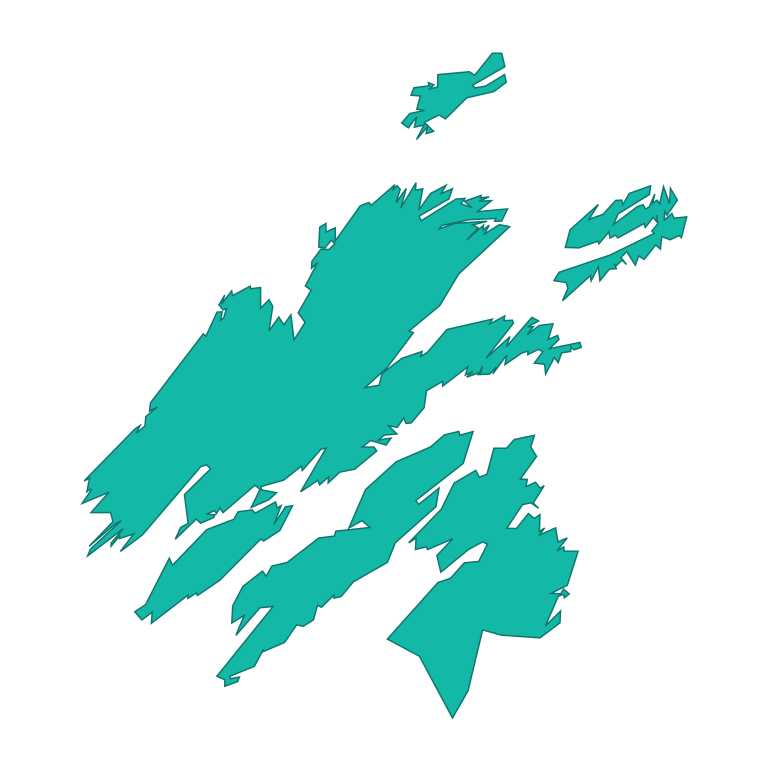 outline of Austrheim nor, Norway, rotated 91°
{"feature_id": "86288312B90213483192723", "entity_name": "Austrheim nor", "entity_type": "district", "adm_level": 2, "iso_a3": "NOR", "parent_name": "Norway", "parent_adm1": "", "projection": "mercator", "projection_center": [4.933, 60.784], "detail": "fine", "context": "isolated", "style": "filled", "palette": "teal", "viewbox_px": 768, "rotation_deg": 91, "n_neighbors": 0, "source": "geoboundaries", "source_scale": "gbopen_adm2", "svg_char_len": 6134}
<svg xmlns="http://www.w3.org/2000/svg" viewBox="0 0 768 768"><g transform="rotate(91 384 384)"><path d="M346.5,194.8L344.0,187.4L339.0,188.8L345.8,219.1L336.4,209.8L332.4,211.4L336.7,220.6L320.9,216.1L322.8,229.8L332.2,241.6L324.0,235.6L324.4,241.5L318.3,230.5L314.8,237.3L344.7,262.3L334.5,258.9L356.5,282.5L320.9,255.6L318.0,256.7L318.5,265.3L313.9,264.4L322.3,279.5L317.3,276.8L328.4,322.0L351.4,341.0L355.9,347.8L350.8,346.4L358.0,366.5L373.5,386.1L385.4,388.9L388.0,403.0L367.8,381.4L332.2,355.5L330.6,359.9L304.7,329.7L272.7,311.2L224.5,261.1L222.7,271.4L232.2,286.2L223.4,281.6L228.3,287.6L223.5,287.3L238.6,303.7L226.2,292.6L223.4,298.2L219.5,283.7L222.1,315.8L228.0,331.6L224.5,328.9L218.2,301.6L216.5,275.0L219.3,276.2L219.1,269.2L206.8,263.6L210.0,293.5L198.8,279.7L199.6,292.3L195.1,282.1L196.2,290.9L193.8,290.2L199.9,306.8L206.3,299.1L202.4,310.3L197.1,306.3L197.8,315.2L220.2,349.7L215.5,351.8L197.8,322.3L187.6,319.0L192.7,330.3L184.3,325.4L192.7,340.8L209.5,352.2L188.1,348.7L189.7,355.9L182.2,355.5L207.6,370.2L188.1,365.1L202.5,375.1L189.1,371.2L185.5,374.4L190.7,379.1L184.5,376.5L205.6,399.9L202.8,402.2L206.3,410.9L241.8,435.2L228.7,435.4L233.0,444.7L224.5,444.8L228.3,451.0L248.3,451.6L249.0,445.5L241.1,439.1L244.8,435.6L250.5,441.5L250.4,449.6L262.7,458.2L269.5,458.5L263.7,452.6L287.4,464.3L291.5,458.5L314.3,471.0L323.8,464.0L341.6,474.7L316.4,478.3L326.6,485.2L318.9,490.3L333.0,499.9L308.3,496.6L301.7,500.4L310.4,508.7L289.7,509.1L291.1,518.9L288.5,519.5L298.3,537.0L293.6,537.9L306.7,547.7L297.8,544.8L307.7,550.4L312.8,546.2L311.2,542.7L320.6,545.4L323.1,548.5L314.7,547.1L315.0,552.1L339.2,562.8L337.1,565.6L406.8,617.1L415.1,618.0L410.9,610.3L420.8,621.6L430.3,622.3L437.5,630.7L429.8,627.2L433.4,632.3L486.2,682.2L483.4,676.7L496.9,679.2L494.1,675.7L495.1,674.8L508.6,683.7L497.0,657.1L517.7,674.7L517.3,655.2L526.3,652.5L551.4,676.0L528.6,650.2L525.2,644.4L554.3,674.7L561.0,677.3L533.2,642.2L547.8,654.0L550.9,654.0L540.4,645.7L543.1,645.8L538.3,631.7L556.0,644.6L539.1,622.9L469.5,565.5L468.1,559.8L471.9,555.9L498.1,581.6L526.9,577.4L530.8,584.7L542.9,590.0L522.3,569.3L526.4,564.9L520.6,552.1L517.7,550.6L517.2,559.1L513.5,551.1L516.6,549.4L510.8,545.9L515.4,542.7L487.4,511.2L491.7,506.1L509.7,514.6L501.9,497.3L494.6,489.6L492.0,504.7L488.7,505.3L481.8,482.5L467.4,465.0L471.9,464.2L450.3,445.8L449.2,440.8L493.3,465.5L481.5,448.6L485.9,446.6L477.9,437.7L483.9,438.1L472.9,426.7L469.6,411.7L451.1,390.1L447.3,392.8L447.4,404.5L440.7,396.5L445.0,380.9L438.0,376.0L440.1,388.5L435.1,382.9L433.7,370.2L425.7,378.8L427.1,369.9L417.6,363.7L423.1,361.3L422.4,356.1L407.0,343.5L390.0,341.4L380.4,325.4L385.1,325.3L365.2,300.4L373.6,302.8L369.7,295.4L375.7,301.5L370.9,288.6L364.2,285.7L370.8,287.4L373.0,290.9L372.2,278.6L364.8,271.9L372.0,275.4L352.9,261.8L362.5,263.4L350.6,246.8L348.6,240.5L352.1,240.8L346.6,230.0L349.0,225.8L360.5,234.0L361.4,223.8L371.2,222.6L354.6,214.2L359.6,210.2L349.7,206.9L348.2,197.9L343.3,197.8L346.5,194.8ZM635.1,223.6L619.7,203.9L608.0,203.5L623.1,218.4L593.1,206.0L591.1,200.8L594.6,199.9L590.7,195.2L585.9,200.9L590.7,203.7L590.4,213.3L582.0,197.2L547.8,187.0L548.0,200.8L543.7,201.4L548.1,208.4L534.7,198.1L538.8,207.3L524.9,209.9L532.2,225.8L525.1,220.9L528.8,226.0L511.9,225.8L515.8,231.5L511.0,237.3L526.2,249.1L526.1,258.7L502.2,243.4L500.2,235.1L505.6,227.2L500.5,232.8L482.9,222.1L485.4,226.0L479.6,230.8L484.1,240.2L476.9,239.1L476.7,246.1L453.8,230.2L444.4,236.2L432.7,232.7L437.2,252.7L446.1,260.4L446.3,273.0L472.5,279.5L475.6,287.1L468.8,290.7L481.9,312.2L508.4,324.6L542.4,356.6L537.4,349.2L548.9,349.7L546.0,338.6L548.8,337.6L537.5,312.5L554.6,328.1L571.2,323.9L548.0,296.7L540.1,282.6L542.4,277.8L559.8,286.2L561.4,300.6L577.0,314.0L581.6,326.6L639.0,376.2L655.6,343.8L716.7,309.7L689.5,294.7L628.2,281.1L633.1,262.0L635.1,223.6ZM462.1,303.5L430.0,294.1L433.9,307.3L430.1,308.4L433.9,322.8L446.1,336.3L461.5,370.3L489.9,400.6L528.6,416.6L521.0,403.7L527.7,395.5L532.0,429.6L536.9,430.8L539.1,446.5L564.2,477.8L568.0,493.0L578.2,498.4L573.2,502.2L588.9,521.6L608.5,531.4L625.6,532.0L617.7,519.7L637.9,527.7L609.9,504.1L608.4,491.0L679.1,546.0L682.5,537.9L689.0,537.9L684.0,525.0L679.5,523.5L681.4,532.6L678.8,532.8L668.4,508.6L651.4,499.9L653.7,500.2L644.1,478.8L626.4,467.2L627.6,460.5L621.1,450.4L606.3,446.6L608.3,442.6L596.0,430.5L599.0,430.3L597.2,423.1L582.3,411.2L562.3,377.5L542.5,369.9L505.7,329.9L487.2,327.2L503.8,347.2L500.0,350.2L462.1,303.5ZM507.3,473.3L508.5,480.3L526.6,491.7L507.5,484.8L509.8,488.6L503.8,490.4L515.5,510.6L512.2,513.4L514.3,527.6L521.9,531.7L532.6,558.5L568.9,592.3L561.9,595.6L608.8,618.5L616.1,629.2L624.1,622.0L616.2,611.8L627.3,612.4L598.4,576.2L601.7,576.4L596.1,567.7L598.7,566.8L583.2,544.9L541.1,504.4L543.1,501.6L532.3,485.6L507.3,473.3ZM211.6,84.3L213.2,97.0L208.4,99.1L215.3,106.6L206.3,106.4L210.3,104.0L195.1,93.9L183.4,101.0L198.5,101.7L181.8,108.0L198.9,111.5L195.5,114.2L198.6,118.6L189.2,116.6L202.3,121.8L204.6,125.6L200.2,128.0L202.3,133.9L220.7,157.3L209.9,153.0L189.9,121.9L181.2,120.9L189.2,142.1L200.7,148.4L196.0,149.5L196.4,155.5L210.5,167.9L215.8,181.9L200.8,172.8L226.5,200.6L244.3,205.1L244.5,191.5L237.4,172.6L240.0,171.5L227.9,161.7L234.1,160.7L231.1,154.9L233.9,152.8L219.0,126.7L222.9,125.5L212.8,117.8L217.4,113.8L210.3,114.1L219.2,113.1L226.3,118.8L228.8,116.5L251.2,160.4L269.3,210.9L277.7,215.9L279.3,203.7L285.0,201.8L297.6,206.9L272.0,179.5L277.2,178.7L262.9,171.7L277.0,169.9L265.3,160.7L264.6,153.7L259.7,156.3L262.1,154.3L256.0,148.2L260.3,143.6L253.5,149.3L247.3,143.7L260.8,134.8L251.5,131.6L254.9,126.1L240.2,114.7L244.3,110.0L231.8,108.9L234.8,100.3L230.4,91.6L232.5,89.2L211.6,84.3ZM64.6,268.7L51.3,272.1L51.4,281.4L73.7,298.7L70.3,304.1L73.7,335.5L86.2,335.6L88.1,343.4L84.0,339.3L82.0,344.9L85.0,343.9L87.3,359.3L94.8,362.0L95.4,352.7L108.7,356.0L109.8,348.2L113.1,362.8L122.7,370.9L127.4,364.1L116.3,356.0L126.7,358.1L124.4,348.6L139.0,355.7L126.3,345.2L132.9,346.2L130.5,338.8L121.7,348.2L114.0,333.7L117.8,327.2L96.4,306.2L89.7,279.3L80.2,267.0L72.5,268.9L84.4,287.6L86.3,298.1L83.8,300.7L64.6,268.7Z" fill="#14b8a6" stroke="#0f766e" stroke-width="1.5"/></g></svg>